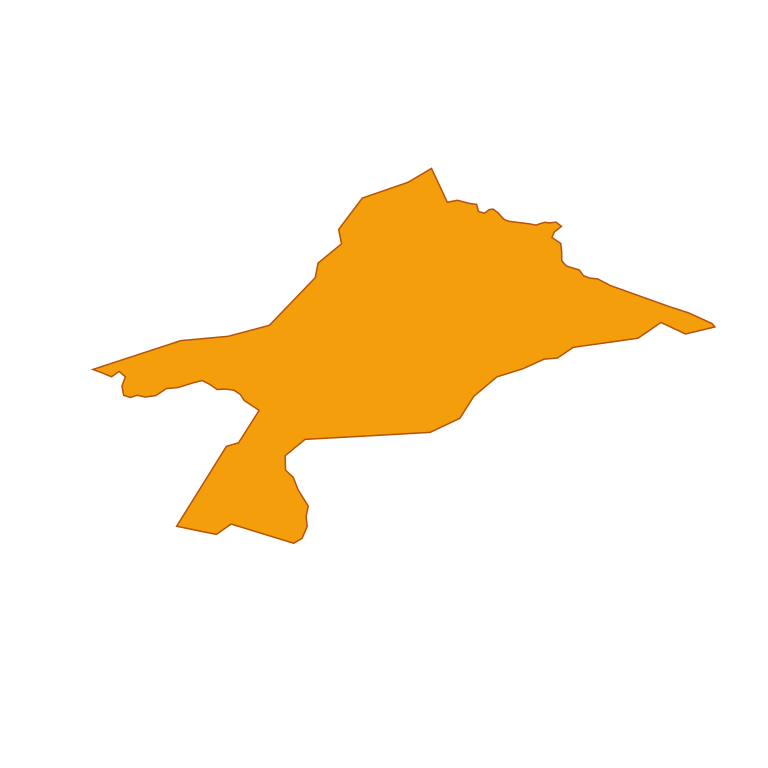 outline of Palmitas, Soriano, Uruguay, rotated 299°
{"feature_id": "84410073B71248424630997", "entity_name": "Palmitas", "entity_type": "district", "adm_level": 2, "iso_a3": "URY", "parent_name": "Uruguay", "parent_adm1": "Soriano", "projection": "albers", "projection_center": [-57.799, -33.471], "detail": "fine", "context": "isolated", "style": "filled", "palette": "amber", "viewbox_px": 768, "rotation_deg": 299, "n_neighbors": 0, "source": "geoboundaries", "source_scale": "gbopen_adm2", "svg_char_len": 1323}
<svg xmlns="http://www.w3.org/2000/svg" viewBox="0 0 768 768"><g transform="rotate(299 384 384)"><path d="M159.0,271.6L166.0,294.0L171.2,310.3L187.4,318.2L200.9,382.2L209.4,387.2L222.2,385.9L230.2,380.2L240.5,376.9L250.0,359.9L258.3,350.0L260.9,339.7L273.4,332.3L297.3,341.8L364.0,447.7L390.9,467.0L416.8,468.5L445.0,479.3L464.7,498.1L483.3,511.9L490.8,523.1L507.9,531.8L547.2,584.0L572.1,596.4L573.9,623.4L594.3,645.7L595.9,641.6L593.9,616.2L589.7,594.3L579.8,534.2L579.5,520.0L576.4,512.7L575.4,506.0L578.4,499.6L575.6,486.4L578.0,479.7L586.3,475.0L592.6,470.4L593.5,459.9L599.6,459.3L604.1,461.2L607.9,462.8L609.0,456.0L605.1,450.7L603.5,446.4L600.7,443.5L596.7,440.0L594.6,433.6L590.8,424.2L586.9,414.4L586.2,410.0L586.7,407.4L589.0,400.8L589.9,394.7L587.5,391.4L582.0,389.0L580.7,382.9L586.0,378.0L583.6,371.9L580.3,359.2L573.7,351.2L595.6,321.0L572.3,307.4L536.1,274.9L497.2,269.4L486.0,278.9L457.8,267.7L443.7,272.3L379.8,255.3L350.1,224.5L323.3,185.1L255.6,122.3L257.1,132.1L258.2,142.2L266.6,146.2L264.9,154.3L255.1,155.8L247.9,161.8L249.3,168.7L254.5,173.6L256.8,181.4L263.2,190.0L274.4,195.8L281.0,205.5L293.1,217.1L298.9,223.4L299.2,231.4L298.3,240.7L302.6,247.6L305.8,255.6L305.2,263.4L301.8,269.7L300.4,287.6L262.1,285.3L253.1,276.4L159.0,271.6Z" fill="#f59e0b" stroke="#b45309" stroke-width="1.5"/></g></svg>